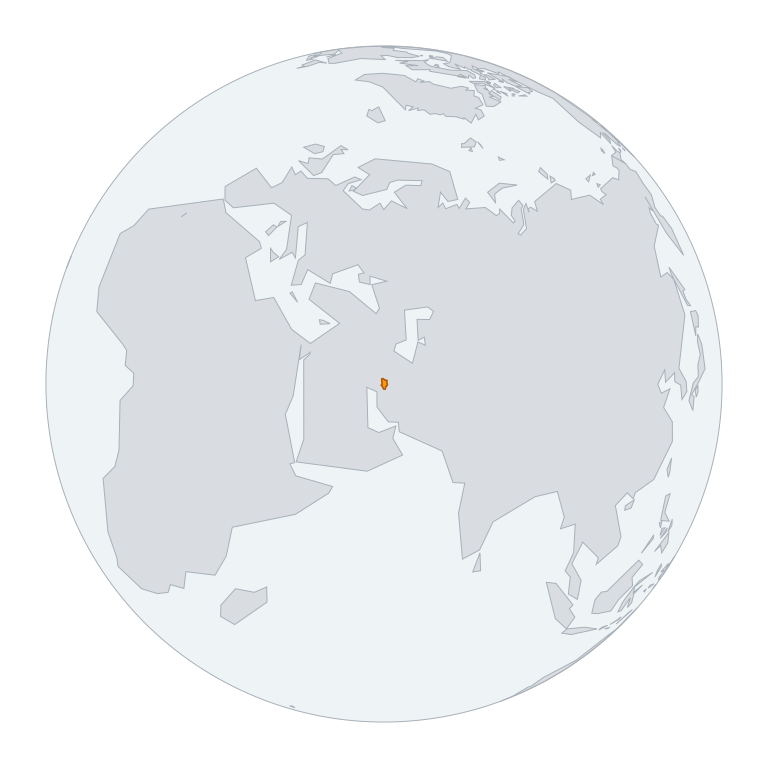 globe centered on Chahar Mahall and Bakhtiari, rotated 28°
{"feature_id": "IRN-3218", "entity_name": "Chahar Mahall and Bakhtiari", "entity_type": "Province", "adm_level": 1, "iso_a3": "IRN", "parent_name": "Iran", "parent_adm1": "", "projection": "orthographic", "projection_center": [50.632, 31.874], "detail": "coarse", "context": "on_globe", "style": "filled", "palette": "amber", "viewbox_px": 768, "rotation_deg": 28, "n_neighbors": 0, "source": "natural_earth", "source_scale": "10m", "svg_char_len": 11297}
<svg xmlns="http://www.w3.org/2000/svg" viewBox="0 0 768 768"><g transform="rotate(28 384 384)"><circle cx="384" cy="384" r="338" fill="#eef3f6" stroke="#a8b0b8"/><path d="M398.4,46.4L398.7,46.4L434.1,50.6L449.9,53.0L442.9,52.4L475.8,58.9L498.0,66.0L470.1,57.6L465.0,56.7L478.7,60.7L476.4,60.8L481.7,63.1L477.8,63.2L461.8,59.3L459.0,59.5L468.8,62.5L471.1,65.2L457.1,60.5L459.7,65.0L433.4,61.4L399.1,52.5L381.6,53.9L338.5,54.8L339.5,56.2L323.8,58.6L319.2,61.4L312.5,61.7L314.5,63.8L321.5,63.2L324.7,64.1L322.6,66.0L313.7,66.3L313.5,65.4L309.8,66.5L306.3,66.0L306.8,67.3L296.3,68.1L303.5,70.3L292.4,73.4L286.4,73.2L291.3,69.3L289.4,62.3L284.8,62.5L273.3,65.7L242.6,79.1L235.6,81.6L223.1,87.7L224.9,87.5L235.3,82.9L235.5,85.2L248.3,80.2L250.2,80.7L261.6,78.0L255.1,82.9L242.7,89.4L233.0,92.2L227.2,95.5L232.7,97.0L210.9,107.4L190.1,123.9L185.0,126.7L181.8,123.1L191.4,111.6L187.3,110.5L185.2,116.2L172.4,124.4L168.2,128.2L166.1,131.1L169.1,130.2L163.7,134.5L163.8,129.6L168.7,125.6L168.6,126.9L173.1,122.0L173.1,120.3L166.6,125.5L168.9,123.4L188.5,108.4L209.2,94.8L230.9,82.8L253.3,72.4L276.5,63.6L300.2,56.6L324.4,51.4L348.9,47.9L373.6,46.2L398.4,46.4ZM47.8,417.8L48.5,424.1L49.3,430.2L47.8,417.8ZM461.7,55.3L454.1,53.6L462.2,55.4L461.7,55.3ZM483.2,63.5L486.0,64.2L487.6,65.2L483.2,63.5ZM264.3,75.7L262.9,76.8L261.5,76.7L264.3,75.7ZM270.5,73.6L269.9,72.7L272.8,71.6L273.1,72.2L270.5,73.6ZM483.0,66.4L484.6,68.3L480.2,65.6L483.0,66.4ZM270.7,75.1L277.9,69.9L283.0,68.1L288.4,69.2L270.7,75.1ZM483.7,69.0L487.8,74.5L494.5,76.1L477.8,75.5L479.9,70.5L473.4,66.7L480.1,68.9L483.7,69.0ZM324.6,62.2L317.1,63.0L325.3,60.8L324.6,62.2ZM329.1,60.7L349.8,54.2L359.9,54.6L350.9,56.4L365.5,56.2L360.2,59.4L351.0,60.3L345.6,59.2L347.7,61.5L329.1,60.7ZM467.9,74.8L466.5,75.9L464.9,74.0L467.9,74.8ZM326.6,64.3L329.9,62.7L338.9,62.8L333.9,66.2L332.6,65.0L326.6,64.3ZM371.9,54.8L377.7,55.9L375.0,58.7L376.9,59.6L361.0,59.6L371.9,54.8ZM329.5,65.9L331.2,67.9L325.1,69.7L324.0,66.0L329.5,65.9ZM343.3,61.6L347.3,62.0L343.4,62.8L343.3,61.6ZM304.2,78.2L307.9,75.7L312.9,75.4L304.2,78.2ZM332.2,68.6L334.3,68.0L336.7,67.8L336.5,69.5L332.2,68.6ZM360.2,61.9L357.9,63.0L366.6,62.0L364.9,64.5L354.6,64.2L358.4,65.4L357.9,66.3L350.0,65.2L360.2,61.9ZM343.5,70.8L329.8,72.2L321.8,76.6L317.1,76.8L330.9,69.7L343.5,70.8ZM348.0,67.5L344.2,69.5L340.3,68.5L340.6,66.5L348.0,67.5ZM367.5,66.5L372.7,62.6L374.8,62.9L367.5,66.5ZM341.9,72.2L345.3,71.9L341.8,72.6L341.9,72.2ZM360.5,68.3L362.1,66.8L364.4,67.1L360.5,68.3ZM350.7,72.8L346.3,73.1L346.3,71.6L350.7,72.8ZM355.8,70.9L358.6,71.7L348.9,70.9L356.1,70.1L355.8,70.9ZM362.5,68.9L364.3,68.6L361.5,69.5L362.5,68.9ZM353.1,78.7L340.9,78.1L341.0,74.6L352.8,75.6L353.1,78.7ZM86.8,432.0L80.4,375.0L88.8,361.7L94.1,340.1L155.2,296.1L164.0,306.9L207.3,316.8L212.0,321.8L202.4,337.5L231.3,370.7L246.0,359.4L276.7,379.1L300.0,382.8L316.3,351.3L278.1,344.4L276.0,327.0L310.1,318.6L344.1,325.6L344.4,319.2L326.6,302.1L338.2,291.9L320.9,295.4L325.1,302.7L314.4,305.5L309.9,299.1L314.2,295.4L305.0,290.9L286.9,310.8L289.3,320.4L262.9,318.8L264.2,335.0L255.7,340.3L250.3,315.0L253.7,307.1L240.5,277.3L234.4,285.3L246.6,314.3L241.1,310.8L233.0,323.2L234.8,311.0L223.2,278.5L201.9,276.0L168.2,299.2L157.2,296.3L151.0,284.2L170.0,253.4L192.5,263.5L199.5,254.1L200.7,235.7L207.5,240.8L210.7,234.9L219.8,238.4L238.2,229.1L248.3,231.4L261.0,214.9L267.9,214.3L258.4,223.9L257.2,232.5L282.8,239.6L289.4,237.2L295.6,226.2L301.9,230.2L304.6,218.8L322.1,218.3L303.1,209.8L309.9,198.2L323.4,191.6L322.2,186.6L300.2,197.6L294.5,203.5L295.1,210.9L276.6,227.6L266.6,228.2L273.0,206.0L259.5,204.9L270.5,189.3L323.2,167.2L342.4,165.6L362.5,186.4L354.8,192.8L343.8,188.1L348.9,202.8L350.9,196.6L356.2,200.3L364.0,191.3L368.0,193.6L368.6,181.6L374.4,183.4L374.0,191.0L390.6,180.6L404.2,182.6L406.0,179.3L404.0,175.2L422.7,181.1L423.2,178.5L417.3,175.4L414.4,168.4L416.6,158.6L422.9,161.2L423.0,165.0L432.7,177.6L431.9,188.3L434.7,188.4L436.9,179.9L425.1,164.4L424.6,157.9L431.4,164.4L428.9,161.5L430.6,159.1L438.3,159.4L431.4,152.2L442.0,126.1L457.9,125.2L462.8,133.1L476.9,120.7L493.7,122.6L488.2,119.4L491.3,112.6L486.1,111.8L483.6,109.9L489.1,94.5L495.3,93.6L491.4,85.3L488.6,83.9L483.8,84.0L477.8,75.5L494.5,76.1L500.1,78.9L506.8,78.2L518.5,85.2L531.3,91.4L540.3,100.9L549.6,105.8L551.1,105.0L565.0,111.7L588.2,129.7L562.6,118.2L526.5,96.1L540.7,104.9L535.4,104.1L539.3,108.3L549.4,115.0L551.9,114.9L557.8,135.4L578.2,159.6L581.7,152.6L590.9,155.7L617.2,181.7L637.0,231.6L649.5,239.9L654.9,248.3L654.4,257.9L646.5,245.7L639.7,245.4L635.3,237.6L631.8,250.3L625.3,239.8L625.8,255.7L633.2,261.9L638.7,253.9L641.9,273.4L656.3,282.0L665.6,299.3L667.0,341.7L656.9,362.0L657.9,368.4L649.9,365.9L645.3,382.7L664.9,407.5L666.4,417.1L656.1,443.5L654.8,436.8L633.8,430.3L634.2,454.4L650.2,464.9L655.9,483.4L645.4,482.9L639.1,467.0L631.7,464.0L630.6,443.8L618.6,417.9L607.8,429.0L605.7,416.9L587.5,397.5L570.3,412.6L545.0,454.5L546.3,485.6L535.5,501.8L510.4,463.0L501.9,433.6L491.2,438.6L466.8,415.9L419.9,419.0L414.7,411.0L405.5,415.4L388.6,407.6L381.4,394.2L370.4,395.0L390.3,430.1L402.2,429.3L414.2,415.5L417.3,427.9L433.8,438.0L410.1,468.9L343.0,494.0L339.1,470.4L301.8,400.4L304.4,393.1L304.4,392.2L304.1,390.6L297.9,402.2L292.4,388.2L309.4,437.2L311.1,457.1L342.0,495.3L338.4,498.7L349.2,506.5L386.8,498.7L386.4,506.4L367.0,540.6L317.3,581.7L325.5,610.2L324.6,632.1L297.2,642.7L303.3,658.5L289.6,661.4L291.2,669.3L282.4,675.4L266.2,678.6L234.7,669.9L229.8,662.9L209.6,644.1L180.3,599.2L185.1,583.2L181.1,566.9L158.7,522.5L163.3,503.4L158.1,492.0L146.8,489.1L141.1,475.2L134.6,471.5L96.4,454.9L86.8,432.0ZM129.5,325.4L126.7,331.4L126.6,331.5L129.5,325.4ZM377.3,350.3L399.4,352.4L394.2,331.0L402.3,330.3L397.5,323.7L393.7,329.5L382.8,311.4L394.0,305.7L393.7,296.6L386.3,295.5L367.4,309.2L382.9,334.7L375.8,343.1L377.3,350.3ZM172.4,124.6L172.2,125.2L169.1,128.7L168.6,128.2L172.4,124.6ZM167.2,139.6L158.7,146.3L164.4,140.8L162.0,140.8L171.2,130.1L182.9,127.5L176.0,130.3L167.2,139.6ZM186.7,116.1L179.5,122.5L186.9,115.7L186.7,116.1ZM219.8,202.3L221.0,207.6L214.7,213.2L202.0,212.6L210.9,204.3L219.8,202.3ZM224.1,214.2L234.1,193.7L242.4,194.0L236.0,197.1L240.5,199.4L231.5,205.2L229.7,226.6L224.1,233.0L203.7,226.9L213.4,225.0L211.7,219.5L224.1,214.2ZM244.8,148.5L249.2,141.8L261.5,150.9L256.0,156.3L242.9,155.4L241.8,148.6L244.8,148.5ZM278.9,78.9L279.8,77.3L282.3,76.9L283.5,78.1L278.9,78.9ZM305.5,77.0L277.6,86.4L277.2,84.8L261.3,93.3L254.1,92.6L264.6,86.9L247.2,93.3L253.8,87.9L242.1,92.9L266.3,80.3L271.5,76.4L268.4,80.9L274.9,81.5L279.3,80.6L295.6,75.5L310.1,68.3L318.9,68.5L321.2,70.6L319.1,72.3L314.1,71.5L314.8,74.5L305.9,74.7L305.5,77.0ZM343.4,106.5L338.5,102.8L338.5,112.7L329.6,111.3L330.2,112.6L321.9,114.3L312.9,118.7L309.5,117.4L307.5,119.8L302.0,121.3L298.0,124.3L290.6,123.1L285.2,126.8L284.7,124.2L277.4,131.1L279.5,125.6L272.6,127.5L274.2,131.9L243.6,122.4L229.2,124.1L216.0,129.0L221.4,119.9L237.3,110.1L257.2,102.0L270.4,102.3L270.4,98.6L276.8,97.8L274.1,101.0L282.0,95.7L286.5,96.1L304.2,91.5L312.9,84.6L319.6,83.1L318.4,86.0L325.9,82.6L328.3,87.4L333.1,86.6L340.3,91.0L335.2,97.7L341.0,96.5L346.7,100.3L343.4,106.5ZM354.8,80.0L350.8,87.4L343.9,90.7L334.4,81.9L329.6,81.9L323.3,77.3L333.3,73.0L334.2,74.6L337.4,75.2L333.0,76.3L339.0,75.9L340.4,78.4L345.4,78.9L342.7,81.0L354.8,80.0ZM220.1,317.4L224.2,319.6L231.3,321.1L226.4,329.4L220.1,317.4ZM211.7,295.3L215.8,295.6L212.3,307.2L208.0,305.2L211.7,295.3ZM221.1,286.4L216.3,294.7L216.4,289.0L221.1,286.4ZM262.5,223.9L267.3,223.9L266.6,226.7L262.6,230.0L262.5,223.9ZM341.4,138.6L339.7,135.2L341.8,134.3L344.8,126.2L351.7,127.0L352.5,132.2L341.4,138.6ZM308.1,356.0L299.6,361.2L296.8,357.5L300.3,356.4L308.1,356.0ZM259.7,345.7L269.4,352.4L258.3,347.9L259.7,345.7ZM349.4,138.1L349.8,134.6L352.9,137.2L349.4,138.1ZM356.8,127.3L361.0,129.7L352.8,126.2L356.8,127.3ZM454.1,711.3L457.5,711.6L451.8,712.6L454.1,711.3ZM383.1,631.5L365.1,666.5L348.8,665.9L343.8,655.8L349.0,634.5L367.3,628.8L375.7,618.3L383.1,631.5ZM693.7,496.6L697.0,493.4L696.6,494.8L693.7,496.6ZM690.4,496.7L694.8,492.1L689.1,500.4L690.4,496.7ZM696.4,490.3L700.7,482.6L702.7,478.2L702.0,481.3L696.4,490.3ZM687.2,500.2L666.8,517.4L657.9,520.5L660.7,514.2L675.2,504.6L687.2,500.2ZM660.0,514.6L645.4,510.7L620.4,482.9L629.5,479.3L654.6,490.4L653.2,495.4L662.0,500.3L660.0,514.6ZM692.4,464.2L690.8,477.9L680.2,486.6L675.1,488.9L671.6,475.6L673.6,465.7L678.1,462.5L691.6,420.0L697.1,421.9L693.8,438.3L698.1,445.3L692.4,464.2ZM548.0,488.0L557.0,503.6L550.6,508.3L548.0,488.0ZM694.3,394.1L690.7,412.5L693.0,390.5L694.3,394.1ZM693.9,375.2L695.6,381.2L692.2,377.4L693.9,375.2ZM660.4,377.4L655.8,382.5L654.3,378.1L659.3,368.9L660.4,377.4ZM672.6,314.3L677.7,327.6L678.7,332.9L674.1,326.7L672.6,314.3ZM408.2,145.8L396.5,155.5L392.5,164.4L397.4,171.6L385.5,166.1L391.6,152.5L408.2,145.8ZM437.2,128.0L432.9,122.5L438.0,122.7L439.7,124.0L437.2,128.0ZM432.3,126.2L420.9,123.9L420.5,119.5L429.6,122.1L432.3,126.2ZM384.8,129.6L380.9,132.3L378.4,129.9L384.8,129.6ZM636.6,608.5L636.1,609.1L643.5,600.3L653.6,583.8L655.4,582.3L662.5,568.3L683.4,537.5L700.5,499.2L704.4,491.0L712.1,464.6L712.8,462.2L706.4,485.1L698.5,507.6L689.0,529.4L678.1,550.5L665.6,570.8L651.8,590.1L636.6,608.5ZM701.7,486.9L707.3,470.8L709.3,466.5L701.7,486.9ZM720.0,420.4L718.1,428.3L717.7,424.9L719.2,416.6L716.6,420.0L719.6,408.6L720.0,416.9L721.2,402.5L721.6,399.1L720.0,420.4ZM717.8,434.8L718.2,433.3L717.4,438.3L717.8,434.8ZM711.9,441.7L711.5,445.3L710.4,444.9L711.9,441.7ZM713.5,436.8L716.2,433.6L713.0,440.2L713.5,436.8ZM700.6,445.2L702.1,451.2L706.6,440.1L703.1,452.0L705.3,460.8L703.8,467.1L701.9,457.1L699.7,473.0L697.5,475.3L697.2,464.4L699.9,446.6L702.0,437.7L709.7,424.2L700.6,445.2ZM713.8,427.2L712.9,419.8L713.4,412.3L714.5,415.3L713.8,427.2ZM708.5,402.8L704.1,396.6L701.5,404.9L705.3,381.5L709.2,391.2L708.5,402.8ZM702.6,383.1L700.3,390.7L701.7,378.0L702.6,383.1ZM698.9,388.1L697.1,381.0L699.7,379.0L698.9,388.1ZM704.0,381.4L702.0,368.0L704.6,373.9L704.0,381.4ZM692.2,365.6L700.2,371.3L692.3,374.5L685.3,350.6L688.1,346.4L692.2,365.6ZM665.8,248.9L661.4,243.1L662.1,238.3L665.0,243.6L665.8,248.9ZM660.3,219.8L660.9,235.3L660.6,248.8L663.7,249.5L669.2,262.5L661.0,255.5L656.6,237.9L658.0,229.8L652.2,219.8L649.4,209.4L640.7,199.2L637.5,192.6L645.9,199.7L660.3,219.8ZM636.8,195.2L620.6,176.2L624.7,172.9L629.2,176.2L634.9,186.1L632.4,187.2L636.8,195.2ZM617.9,170.9L615.2,172.1L585.9,152.0L580.8,147.1L605.3,159.3L604.1,161.3L610.6,167.2L617.9,170.9ZM470.1,76.8L466.8,76.0L469.8,75.8L470.1,76.8ZM480.7,109.7L477.9,107.1L481.5,106.6L480.7,109.7ZM472.1,99.9L470.1,102.2L469.6,98.7L472.1,99.9ZM465.9,108.0L468.0,102.6L469.8,109.4L465.9,108.0Z" fill="#d9dde1" stroke="#a8b0b8" stroke-width="1"/><path d="M384.9,379.4L385.1,379.6L385.2,380.0L385.4,380.1L385.6,380.4L385.5,380.9L385.6,381.3L387.1,382.5L387.3,383.0L387.4,383.6L387.3,383.9L387.1,384.1L387.3,384.6L387.3,384.8L386.9,385.0L386.9,385.3L387.0,386.0L387.5,387.5L387.5,388.0L387.4,388.2L386.9,388.2L386.4,388.6L385.7,388.5L383.8,386.9L383.4,386.9L382.5,386.5L382.1,386.3L382.6,385.6L382.6,385.3L382.4,385.0L381.5,383.9L381.2,382.9L380.9,382.7L380.5,382.4L380.4,382.0L379.6,380.8L379.6,380.4L380.5,379.7L380.9,379.8L381.4,379.6L382.0,380.0L382.7,380.1L383.0,380.0L383.5,379.7L384.4,379.6L384.6,379.6L384.7,379.4L384.9,379.4Z" fill="#f59e0b" stroke="#b45309" stroke-width="1.5"/></g></svg>